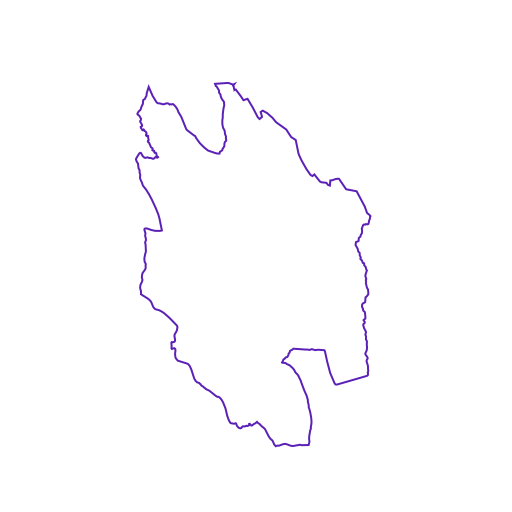 the district of Loima, Rift Valley, Kenya, rotated 160°
{"feature_id": "3690345B72596484741491", "entity_name": "Loima", "entity_type": "district", "adm_level": 2, "iso_a3": "KEN", "parent_name": "Kenya", "parent_adm1": "Rift Valley", "projection": "equal_earth", "projection_center": [35.181, 3.01], "detail": "fine", "context": "isolated", "style": "outline", "palette": "violet", "viewbox_px": 512, "rotation_deg": 160, "n_neighbors": 0, "source": "geoboundaries", "source_scale": "gbopen_adm2", "svg_char_len": 6118}
<svg xmlns="http://www.w3.org/2000/svg" viewBox="0 0 512 512"><g transform="rotate(160 256 256)"><path d="M299.0,451.6L303.1,446.2L304.1,444.0L305.8,442.6L306.4,441.7L308.7,441.1L310.3,437.6L312.5,435.5L314.1,433.4L314.9,432.7L316.8,432.0L318.8,430.3L318.9,430.0L318.8,429.3L317.7,427.8L317.1,424.2L317.7,423.1L318.5,422.6L318.9,422.0L318.3,418.5L318.4,417.5L318.9,416.9L320.1,416.8L320.3,415.9L319.8,413.3L319.4,412.9L318.3,413.3L318.1,412.8L318.0,411.6L317.3,410.9L316.9,409.8L316.9,408.6L317.9,407.5L318.1,406.9L317.7,406.1L316.8,406.2L316.3,405.7L316.9,404.0L317.2,401.6L318.3,401.0L318.5,400.2L317.7,398.8L317.5,394.4L317.3,393.8L316.4,392.6L316.5,391.9L317.2,390.9L316.9,390.4L315.8,389.7L316.1,388.1L315.9,387.6L314.8,387.3L314.6,386.5L315.1,384.2L314.2,382.4L315.0,382.1L316.7,383.3L318.5,382.5L319.5,382.5L321.6,384.3L322.8,384.6L324.4,385.9L326.4,386.0L327.3,386.7L328.3,388.7L328.8,392.0L329.3,392.5L330.1,392.5L331.4,391.7L334.9,388.9L335.8,387.9L335.8,385.4L335.3,383.3L336.4,378.3L336.1,377.2L336.2,375.9L336.9,374.1L337.0,371.9L338.3,369.1L338.4,367.6L338.1,364.0L338.2,360.8L336.6,356.1L335.4,350.5L334.6,344.5L333.8,335.2L333.6,328.1L333.9,324.2L335.7,312.2L337.6,312.4L342.1,314.1L345.4,316.2L348.7,318.9L350.2,319.7L351.3,319.7L351.7,319.4L352.0,318.0L352.1,315.1L353.1,313.3L353.4,312.0L353.5,310.1L354.1,308.4L355.6,306.6L355.9,304.3L357.9,297.9L359.7,295.4L361.8,291.8L362.6,288.8L362.3,286.1L363.1,284.7L363.6,282.8L364.6,281.4L368.5,278.7L370.0,276.4L370.6,274.8L370.9,272.3L372.1,270.6L374.3,268.6L375.5,266.4L375.9,265.3L376.1,262.3L377.2,259.4L371.8,252.4L370.5,249.7L370.2,248.3L370.0,243.5L369.3,241.2L368.7,240.4L365.5,238.1L363.5,235.9L361.9,233.7L358.5,227.5L354.1,217.7L354.1,216.2L355.3,213.9L356.4,212.5L359.3,210.1L359.7,209.4L360.2,208.0L360.6,205.2L361.2,203.9L361.9,203.3L363.8,203.4L364.5,203.9L365.1,203.6L366.2,200.0L367.0,198.0L366.8,197.4L364.4,197.4L363.8,196.6L363.7,195.9L364.2,194.3L365.4,192.0L365.9,190.5L366.3,188.3L366.3,187.2L365.3,184.4L357.3,178.3L356.7,177.5L355.9,175.3L355.6,171.7L355.9,163.6L355.9,161.5L355.4,159.1L354.4,157.3L352.7,156.0L352.5,155.1L351.9,154.4L351.6,152.8L350.4,151.5L349.7,150.0L348.9,149.0L348.7,148.2L346.0,145.5L341.7,138.4L340.4,136.8L339.6,136.6L339.1,136.1L338.4,135.1L337.6,133.0L337.0,129.8L336.8,123.2L337.7,115.5L337.7,110.9L337.2,108.1L336.9,107.6L334.1,105.9L332.3,105.8L332.0,105.3L332.0,103.1L331.6,101.7L330.8,100.3L329.8,99.5L328.6,99.4L328.4,99.7L326.6,100.5L325.2,99.7L322.9,99.7L322.4,99.2L320.9,99.2L320.2,99.4L320.0,100.5L319.7,100.6L319.3,100.5L318.5,98.4L317.8,98.1L315.3,98.9L313.8,99.0L311.8,99.8L311.2,98.3L310.1,96.9L309.0,94.3L307.2,91.3L306.7,90.0L305.7,81.9L304.9,79.2L303.6,76.8L303.3,72.5L302.5,70.5L301.1,70.6L299.2,69.9L294.9,69.9L292.9,69.5L291.2,68.4L288.5,66.0L286.4,64.8L279.3,63.6L277.8,62.6L271.2,60.4L269.3,63.2L268.6,66.2L267.2,69.3L266.2,70.9L264.9,73.3L263.5,75.0L262.8,76.9L261.4,79.2L260.4,81.6L259.4,85.4L258.6,89.9L258.2,93.9L258.2,95.8L257.8,96.7L257.3,99.1L257.2,100.9L256.5,103.1L256.2,107.6L256.6,112.9L256.7,121.2L256.6,123.5L257.3,129.8L258.7,133.0L259.2,136.3L259.8,138.0L261.9,142.0L263.9,143.8L264.7,145.1L265.4,145.6L267.9,146.8L268.0,147.0L266.5,148.3L265.6,149.4L264.1,149.7L262.9,150.5L261.2,150.4L260.7,150.7L259.3,152.0L258.7,153.2L257.5,153.7L256.4,155.3L254.1,155.5L252.6,156.1L240.9,150.9L239.8,150.6L237.8,149.4L235.4,149.4L232.6,147.3L229.5,146.6L224.0,144.1L223.8,143.0L225.2,132.7L226.3,120.6L225.7,109.5L225.2,108.1L223.9,107.5L192.7,105.4L191.7,105.7L190.9,107.3L190.9,108.3L189.9,109.3L189.3,111.9L188.6,113.6L188.3,115.4L188.2,118.7L187.9,119.7L187.4,120.5L186.1,121.5L186.0,121.9L186.0,123.3L186.7,125.5L186.8,126.6L186.0,127.7L184.2,129.5L182.9,132.1L182.2,134.9L181.0,137.7L181.0,139.0L181.2,140.0L180.1,142.8L180.1,144.8L178.8,146.5L178.6,147.5L179.1,151.2L178.9,154.4L178.3,155.3L177.0,155.8L176.6,156.2L176.4,156.9L176.9,158.7L176.8,159.0L174.7,159.8L174.3,160.6L173.7,162.6L173.0,165.6L173.0,166.4L173.9,168.0L173.8,169.0L173.5,170.2L173.8,171.4L173.6,172.4L173.1,173.7L172.4,174.5L171.3,175.0L169.9,175.1L169.1,175.5L167.2,179.7L165.7,180.2L163.7,181.5L163.1,182.8L162.2,186.2L162.5,187.8L162.5,189.6L162.2,191.1L162.2,192.6L161.3,194.1L161.1,195.8L160.2,196.7L160.2,199.1L159.7,200.7L156.7,204.6L157.0,205.6L156.7,208.0L157.5,210.3L157.0,211.7L157.0,212.3L158.0,213.0L158.0,215.7L158.9,217.3L158.8,217.8L158.0,218.8L158.3,221.1L157.6,223.2L157.6,223.7L158.2,224.8L158.3,225.5L158.0,228.2L158.7,232.2L157.3,234.9L154.9,234.9L154.4,235.1L153.3,237.7L151.3,238.5L150.3,239.9L148.7,241.2L147.6,243.6L147.3,245.4L144.9,248.3L143.9,248.7L142.7,248.1L141.7,248.4L140.4,247.6L139.5,247.7L139.0,248.2L137.3,251.0L136.3,251.9L135.4,253.8L134.8,254.3L135.6,256.4L136.7,257.9L136.9,258.8L136.9,265.3L139.3,282.4L148.5,287.9L151.6,300.1L152.8,300.7L155.2,301.1L158.7,301.1L160.3,301.6L162.5,296.9L164.0,298.1L164.8,300.7L169.3,302.9L170.4,304.0L173.3,312.7L175.6,311.8L177.1,313.7L178.9,320.6L180.5,330.0L181.0,335.8L181.0,338.0L179.0,351.4L182.3,355.8L184.3,364.5L191.4,374.9L193.2,380.1L196.6,386.4L200.0,390.3L202.4,389.7L202.7,384.7L205.8,383.5L206.6,385.2L206.9,386.0L208.3,396.8L210.2,406.6L214.5,406.7L215.8,412.0L218.1,419.4L219.4,419.3L219.2,419.8L219.5,420.5L219.0,422.6L219.3,423.7L217.5,425.0L219.0,424.9L222.0,427.5L223.1,428.2L235.6,431.8L235.6,429.5L235.0,428.6L234.2,424.4L234.2,423.8L234.8,422.6L234.8,422.0L234.2,420.1L234.5,417.8L234.5,416.2L234.3,414.9L233.4,411.9L234.3,408.5L236.0,405.9L238.6,400.9L240.2,396.8L241.1,395.4L242.4,391.8L243.0,388.8L243.0,387.1L242.6,384.6L243.4,381.0L243.3,378.7L244.2,376.5L244.3,375.1L244.7,374.4L245.9,374.0L246.6,373.3L247.4,372.1L248.2,370.0L250.7,368.1L251.6,366.9L254.3,366.2L255.3,364.7L257.1,365.4L259.1,366.7L265.0,371.5L267.6,375.7L270.2,381.3L271.9,387.2L272.1,389.4L273.3,390.9L278.0,398.3L278.2,400.1L278.6,412.4L279.7,417.7L279.7,420.6L280.4,423.7L281.7,426.7L282.4,427.3L283.5,427.3L284.2,427.8L285.4,427.9L286.1,429.1L286.8,429.7L288.9,430.2L289.7,430.0L291.4,430.3L294.1,432.2L295.8,433.0L296.6,433.9L297.1,435.4L298.4,442.0L299.0,451.6Z" fill="none" stroke="#5b21b6" stroke-width="2"/></g></svg>